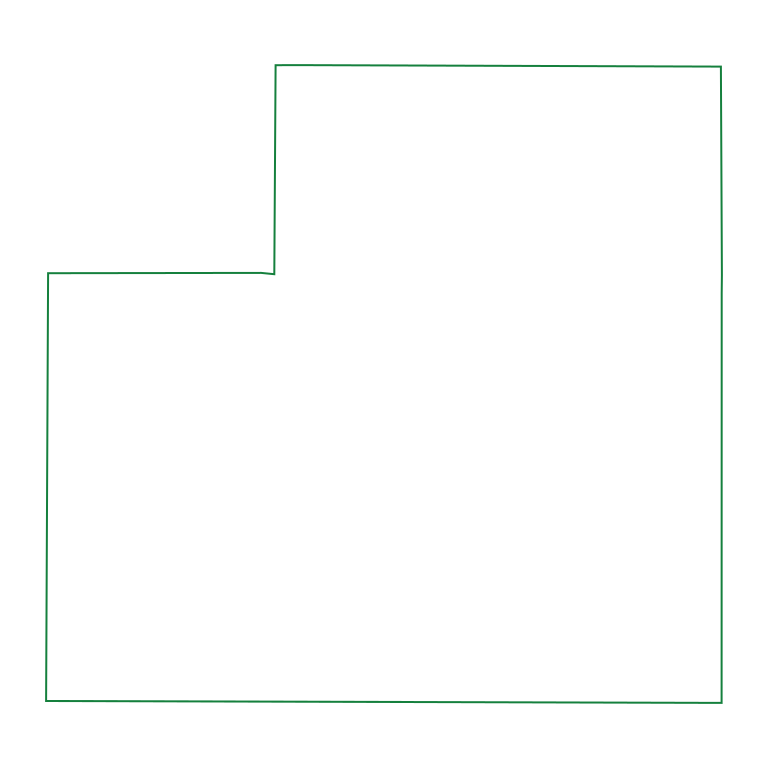 outline of Stark, Illinois, United States of America
{"feature_id": "52423323B24463330848727", "entity_name": "Stark", "entity_type": "district", "adm_level": 2, "iso_a3": "USA", "parent_name": "United States of America", "parent_adm1": "Illinois", "projection": "natural_earth1", "projection_center": [-89.816, 41.104], "detail": "fine", "context": "isolated", "style": "outline", "palette": "green", "viewbox_px": 768, "rotation_deg": 0, "n_neighbors": 0, "source": "geoboundaries", "source_scale": "gbopen_adm2", "svg_char_len": 253}
<svg xmlns="http://www.w3.org/2000/svg" viewBox="0 0 768 768"><path d="M48.1,273.2L46.1,701.0L721.6,702.9L721.7,292.9L721.9,275.1L720.9,66.6L294.9,65.1L275.6,65.2L274.3,274.2L261.2,272.9L48.1,273.2Z" fill="none" stroke="#15803d" stroke-width="2"/></svg>